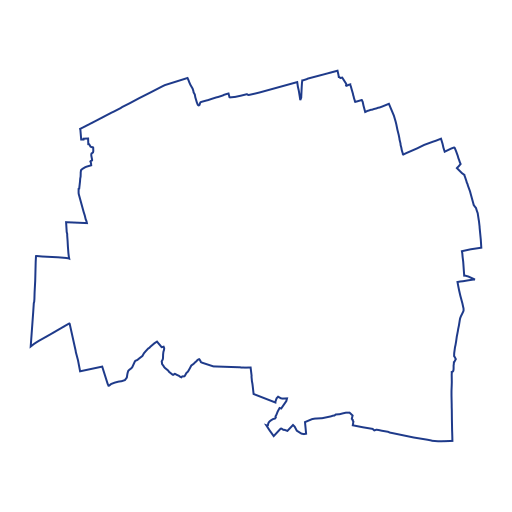 the district of Mihail Kogalniceanu, Tulcea, Romania
{"feature_id": "2599482B55110090687789", "entity_name": "Mihail Kogalniceanu", "entity_type": "district", "adm_level": 2, "iso_a3": "ROU", "parent_name": "Romania", "parent_adm1": "Tulcea", "projection": "mercator", "projection_center": [28.734, 45.026], "detail": "fine", "context": "isolated", "style": "outline", "palette": "blue", "viewbox_px": 512, "rotation_deg": 0, "n_neighbors": 0, "source": "geoboundaries", "source_scale": "gbopen_adm2", "svg_char_len": 5927}
<svg xmlns="http://www.w3.org/2000/svg" viewBox="0 0 512 512"><path d="M460.6,164.0L459.8,162.1L458.9,159.4L458.5,158.5L457.7,155.7L456.0,151.0L454.7,147.9L454.1,147.5L451.3,148.5L444.7,151.7L443.4,147.6L442.6,144.0L441.6,140.7L441.0,138.7L435.7,140.8L433.2,141.6L424.2,144.9L417.1,148.4L406.5,153.0L402.5,154.9L402.9,154.4L402.9,153.8L401.8,150.3L401.3,147.6L400.6,145.0L400.5,143.6L399.5,139.4L399.4,138.4L398.7,134.9L397.4,129.7L396.3,124.3L395.6,121.5L393.9,115.7L388.9,103.8L382.3,106.5L379.6,107.5L377.9,107.8L376.5,108.4L374.0,109.0L372.1,109.7L370.8,109.8L368.6,110.6L367.4,110.9L366.1,111.6L365.2,112.0L363.5,105.7L362.7,101.9L362.1,100.7L362.0,100.2L361.6,100.0L361.1,100.2L357.4,101.3L355.2,101.9L354.9,101.3L354.8,100.6L354.0,98.2L353.6,96.4L353.2,95.2L353.0,94.0L352.4,91.9L351.6,89.2L350.9,86.6L350.2,84.7L350.2,84.4L349.0,84.7L348.0,85.2L347.3,85.5L346.4,85.8L346.1,85.6L346.0,85.3L346.4,84.6L346.3,84.1L346.0,83.5L342.2,77.6L340.4,78.0L339.2,77.0L338.8,77.0L338.4,74.6L337.5,70.7L318.1,75.9L307.8,78.6L306.9,79.1L302.8,80.4L302.3,80.4L302.0,82.5L301.7,87.1L301.2,97.7L300.7,98.9L300.3,100.1L299.7,96.2L298.8,90.7L297.9,86.8L297.2,82.1L259.5,92.5L255.4,93.5L248.7,95.0L247.9,94.8L246.9,94.2L240.8,95.7L235.2,96.9L230.0,97.4L229.5,97.2L228.5,93.5L226.3,94.1L223.8,94.9L223.2,95.3L221.2,96.0L218.1,97.0L216.3,97.4L211.6,98.9L207.8,100.2L206.8,100.4L202.4,101.6L200.8,102.1L200.3,102.5L200.0,103.3L199.5,104.9L198.8,105.4L198.5,105.4L197.8,104.8L196.9,102.6L195.3,97.3L194.8,94.5L193.6,92.4L193.4,91.1L192.6,88.6L190.4,84.8L189.2,82.1L188.5,80.2L187.5,78.0L164.9,85.1L162.4,86.3L150.6,92.4L139.1,98.2L129.6,103.3L123.0,106.6L122.2,107.0L120.6,108.1L113.6,111.7L111.6,112.6L93.6,122.0L80.1,128.9L80.4,130.0L81.2,139.5L83.5,139.5L83.6,138.7L88.1,138.5L88.3,144.2L89.2,144.3L90.5,146.6L91.5,147.1L92.8,147.2L93.2,147.7L93.3,151.1L93.0,152.4L92.3,153.0L91.6,153.4L91.3,154.1L91.3,155.7L92.1,159.7L92.1,160.3L91.8,160.6L90.9,160.9L90.4,161.4L91.0,163.1L91.2,165.3L87.1,166.5L85.4,167.1L82.4,168.9L81.0,170.2L80.8,171.8L80.7,172.5L80.7,173.8L80.6,176.6L80.2,178.7L80.0,181.6L79.2,188.6L78.6,188.9L78.6,193.1L78.8,194.3L83.6,211.8L84.8,215.6L85.6,219.0L86.5,221.3L86.9,223.1L66.1,222.2L66.7,232.0L67.2,234.0L67.2,235.1L67.2,235.6L67.6,241.0L67.9,246.5L68.4,253.1L68.8,256.5L69.2,258.6L68.4,258.3L65.4,257.9L58.2,257.3L42.1,256.5L36.7,256.0L36.0,256.1L35.7,261.6L35.2,281.0L35.0,284.7L34.6,292.3L34.4,299.1L34.2,301.7L33.8,303.1L33.2,312.2L30.7,346.5L33.9,344.0L36.0,342.6L38.9,340.8L48.9,335.2L65.3,325.7L69.0,323.6L69.4,323.5L69.6,323.7L69.7,323.9L74.7,346.5L75.4,349.6L75.7,351.0L75.8,352.0L78.0,360.3L80.1,371.3L102.2,366.6L107.6,383.7L108.5,385.7L109.2,385.6L111.1,384.0L114.8,382.6L118.6,381.6L121.6,381.2L124.9,380.1L126.8,377.6L127.2,375.2L127.3,374.4L127.7,372.6L128.3,370.8L129.3,369.8L131.4,368.2L132.3,367.1L134.9,361.4L135.4,360.8L137.3,360.0L139.5,358.2L142.4,356.0L143.9,353.3L145.7,351.2L148.2,348.5L149.4,347.8L150.4,346.7L154.5,343.2L157.0,341.6L158.0,342.8L158.4,343.3L160.2,345.4L161.4,346.9L161.7,347.2L162.2,347.1L163.6,346.7L164.2,348.2L164.0,349.9L163.4,351.9L163.1,354.4L163.0,358.0L162.8,359.2L162.6,359.7L162.0,360.8L161.7,361.5L161.8,362.1L162.0,362.8L162.0,363.8L162.2,364.2L163.6,366.1L164.1,367.0L165.0,368.0L166.5,369.2L168.2,370.6L169.0,371.8L172.5,374.6L172.9,374.8L173.4,374.8L173.6,374.7L174.5,373.9L174.8,373.8L175.3,374.0L176.7,374.8L179.1,375.9L179.9,376.6L180.6,377.0L181.2,377.2L181.4,377.3L181.8,376.8L182.3,376.4L183.0,376.3L183.6,376.4L184.0,376.4L184.3,376.3L184.7,376.0L184.9,375.7L186.4,373.0L187.3,372.2L188.0,371.5L189.8,368.4L191.3,365.5L193.3,364.1L194.3,363.2L195.0,362.4L196.4,361.3L197.2,360.3L197.7,359.9L198.7,359.3L199.3,359.2L200.3,360.7L200.5,361.3L201.0,362.2L202.4,362.8L213.4,366.4L240.2,367.3L240.9,367.5L245.9,367.6L250.6,367.5L251.6,375.8L251.5,376.8L251.8,379.7L251.9,381.0L252.4,383.7L252.6,385.2L253.6,394.0L256.9,395.3L275.4,402.5L275.5,401.4L276.6,398.3L278.1,396.7L280.9,398.3L282.6,398.6L287.0,398.4L286.3,401.1L281.2,408.5L279.6,408.0L277.7,411.5L276.4,414.8L275.5,416.4L275.8,417.5L274.9,418.6L273.2,419.0L271.3,420.1L269.6,421.4L268.7,422.5L268.2,423.7L267.9,425.3L267.5,425.7L266.3,425.3L269.6,430.4L273.7,436.1L280.5,428.8L280.9,428.6L281.5,428.6L283.0,429.6L283.7,429.9L284.7,429.9L287.4,430.9L293.0,425.0L294.7,426.7L296.8,430.7L301.4,433.6L303.9,434.1L306.1,433.7L305.0,422.1L312.1,419.1L314.9,418.6L322.2,418.2L330.8,416.4L333.2,415.6L334.2,415.6L334.6,415.4L335.1,415.0L335.7,414.5L339.7,414.2L342.7,413.4L345.8,412.7L348.5,412.7L349.3,412.6L349.6,412.7L352.6,415.5L351.8,418.8L352.8,420.0L352.7,420.6L353.4,421.5L352.8,425.3L363.0,427.3L372.6,428.9L374.3,430.4L376.5,429.7L379.0,430.1L381.6,430.7L388.1,431.8L389.9,432.6L392.5,433.1L413.7,437.5L427.3,439.7L430.9,440.4L432.2,440.8L434.7,441.0L438.5,441.3L444.5,441.2L452.4,440.9L452.3,436.5L452.2,433.0L452.1,430.5L452.0,424.4L451.9,419.5L451.8,409.9L451.7,406.9L451.7,404.9L451.5,395.7L451.5,390.9L451.7,385.7L451.8,382.2L451.7,374.7L451.8,373.0L451.7,372.0L452.8,371.5L453.2,371.0L453.5,369.9L453.6,368.2L453.6,365.3L453.8,364.2L453.9,362.3L454.1,362.3L455.8,359.1L454.7,357.0L454.1,356.1L454.2,353.1L455.0,347.2L455.5,345.0L456.1,341.5L456.8,336.5L457.8,331.4L458.2,328.9L458.9,325.6L459.8,320.0L460.1,318.4L460.9,316.3L462.2,313.7L463.3,311.4L463.6,310.3L463.5,308.3L463.1,306.7L462.9,305.7L462.4,303.4L460.3,295.6L459.0,289.9L458.2,285.9L457.5,282.0L460.2,281.5L463.2,281.2L467.8,280.4L473.0,279.6L474.9,279.5L468.3,276.5L465.4,275.7L464.2,275.7L463.2,261.7L462.6,256.9L462.3,253.4L461.9,251.2L470.6,249.3L481.3,247.7L480.8,239.8L479.6,227.5L479.6,226.9L478.9,220.7L478.8,220.4L477.7,213.2L476.7,210.4L476.0,208.0L474.7,206.4L473.6,204.8L473.6,204.5L470.8,194.3L470.0,191.3L467.8,185.3L467.6,184.3L466.8,182.6L466.5,181.4L465.9,179.6L465.1,177.2L464.4,175.3L464.4,174.9L462.0,173.2L456.9,168.1L457.6,167.3L458.5,166.5L460.6,164.0Z" fill="none" stroke="#1e3a8a" stroke-width="2"/></svg>